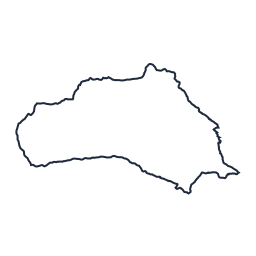 the district of Brusturoasa, Bacau, Romania, rotated 271°
{"feature_id": "2599482B60057151040295", "entity_name": "Brusturoasa", "entity_type": "district", "adm_level": 2, "iso_a3": "ROU", "parent_name": "Romania", "parent_adm1": "Bacau", "projection": "orthographic", "projection_center": [26.192, 46.569], "detail": "fine", "context": "isolated", "style": "outline", "palette": "slate", "viewbox_px": 256, "rotation_deg": 271, "n_neighbors": 0, "source": "geoboundaries", "source_scale": "gbopen_adm2", "svg_char_len": 5744}
<svg xmlns="http://www.w3.org/2000/svg" viewBox="0 0 256 256"><g transform="rotate(271 128 128)"><path d="M130.5,18.5L125.5,17.2L123.5,16.5L121.6,16.5L120.1,16.7L118.5,17.7L114.4,17.8L113.4,18.5L112.6,18.8L108.5,19.7L107.0,20.3L106.2,20.7L105.1,21.6L103.4,23.8L102.9,24.2L102.3,24.4L100.1,24.6L98.8,25.0L97.8,25.9L96.1,28.1L93.7,29.2L91.7,30.8L89.7,31.7L89.3,31.7L89.5,33.0L89.5,33.9L88.1,36.0L87.9,37.5L88.7,40.4L89.3,41.9L89.4,42.8L88.8,44.2L88.4,44.6L88.2,45.2L88.7,46.1L89.1,47.1L90.3,48.4L91.1,49.6L91.7,50.2L92.0,50.8L92.0,52.6L92.2,53.4L92.7,53.9L92.9,55.1L92.6,56.8L92.7,57.4L93.1,57.9L93.1,58.3L93.0,58.7L93.2,59.5L93.2,61.4L93.3,62.0L93.1,62.8L93.8,64.4L93.7,64.6L93.8,65.3L94.0,66.3L94.6,68.2L94.6,68.9L94.9,70.7L95.3,71.6L96.2,73.2L96.4,74.2L96.5,75.9L96.3,76.7L96.2,77.8L96.2,79.5L95.5,82.1L96.0,83.7L96.8,84.8L97.2,85.9L97.1,86.9L96.8,88.3L96.9,89.8L96.8,90.7L96.9,91.3L97.5,91.9L97.5,92.6L97.9,93.8L97.6,94.5L97.6,95.2L98.1,96.8L98.0,97.4L98.1,98.2L98.2,99.3L99.0,101.4L98.8,101.8L98.9,102.3L98.8,104.2L98.6,104.8L98.4,106.7L98.1,107.4L98.4,111.3L99.4,112.8L99.9,114.2L99.6,115.6L99.0,117.2L98.7,118.7L98.6,122.6L97.4,125.2L97.4,126.3L96.6,128.0L95.9,129.0L93.9,130.6L93.6,131.7L92.9,132.5L92.8,133.0L92.9,133.6L92.7,135.5L92.1,136.4L91.4,136.9L90.7,138.5L90.4,139.8L87.8,141.8L85.4,142.9L84.9,143.8L84.8,144.3L85.2,145.6L85.2,146.1L85.1,146.3L84.5,146.6L84.2,147.1L83.4,147.4L82.8,148.9L82.7,150.0L82.1,150.9L82.0,151.2L82.0,153.1L81.6,153.7L81.3,154.0L80.7,155.8L80.0,156.7L79.9,157.3L79.7,157.8L79.8,159.8L79.9,160.3L79.8,160.8L79.3,161.4L78.8,161.2L78.5,161.9L78.1,163.0L78.2,163.9L78.0,164.5L77.6,164.9L77.3,166.0L76.7,167.3L76.4,167.8L76.3,168.4L76.0,168.7L76.0,169.3L75.6,169.9L75.8,170.6L75.7,170.9L75.4,171.3L75.5,171.7L73.8,174.7L73.1,176.9L72.9,178.2L72.6,178.5L72.0,178.4L70.9,177.9L69.1,176.6L68.1,177.6L68.0,178.4L68.9,180.2L69.1,181.1L68.6,181.9L68.3,182.2L68.4,182.5L67.7,183.3L67.0,184.0L65.9,184.7L65.0,185.5L64.8,187.5L64.7,188.2L64.2,188.5L63.6,189.7L65.2,191.7L66.3,191.7L66.7,191.4L68.2,191.2L72.2,192.2L72.9,192.8L74.2,194.6L74.7,194.9L75.4,195.9L76.2,196.1L77.2,197.0L77.4,197.0L78.1,197.6L78.5,197.8L79.0,198.6L80.0,199.1L81.7,200.9L83.0,201.6L84.8,202.8L84.5,204.5L84.1,205.7L84.0,206.8L84.4,208.1L84.4,208.8L84.9,209.0L84.7,209.8L84.7,211.3L85.2,213.2L85.2,215.9L85.1,216.8L84.3,218.1L83.7,218.7L83.3,218.9L81.4,219.5L80.5,220.0L80.1,220.6L79.9,221.6L79.9,224.3L79.5,225.6L79.8,226.2L80.5,226.8L81.4,227.4L82.1,227.4L82.7,227.9L83.1,228.4L83.2,229.0L83.6,228.9L83.7,229.4L84.0,229.6L84.0,230.0L83.9,230.5L84.1,230.9L84.1,232.5L84.4,233.1L84.4,233.9L84.2,234.7L84.4,235.5L83.7,236.8L83.8,237.8L84.8,238.6L85.3,239.5L85.8,238.8L87.6,237.1L89.4,233.9L90.6,232.4L91.4,230.2L91.8,228.7L93.6,226.5L94.2,225.0L95.0,224.1L98.6,223.1L100.5,223.1L100.9,222.9L101.2,222.5L103.8,221.5L104.3,221.1L104.4,220.5L106.0,220.6L107.6,219.6L109.3,219.2L110.0,219.4L111.7,218.9L112.5,219.0L114.1,218.5L115.0,218.7L115.3,219.4L114.9,219.9L114.9,220.3L115.6,220.7L116.6,220.8L117.2,220.0L117.9,219.4L119.2,218.9L120.1,219.2L120.2,219.5L121.1,217.9L121.3,218.1L121.9,217.7L122.5,217.5L123.1,217.7L124.4,216.5L125.1,217.3L127.2,214.4L128.0,213.7L129.5,215.7L129.9,216.7L130.0,218.4L131.3,217.7L131.8,217.5L132.7,217.5L133.1,217.1L133.8,216.2L134.3,215.0L134.8,214.7L135.9,213.2L136.7,211.3L136.9,211.3L137.4,211.0L137.9,210.2L137.9,209.7L138.6,209.4L138.6,208.8L138.6,208.6L139.8,208.1L141.5,206.1L142.8,204.1L143.5,202.0L144.2,201.6L144.3,201.4L144.4,200.8L145.1,200.2L145.3,199.4L145.8,198.9L146.3,198.6L146.7,198.5L147.7,198.8L148.7,198.4L148.9,198.0L149.5,197.7L149.6,196.7L149.8,196.2L150.2,195.4L150.7,194.8L150.8,194.4L151.4,194.2L151.7,193.6L152.2,193.0L152.3,192.5L153.2,191.4L155.6,189.2L155.9,188.3L157.6,187.4L159.9,187.0L160.4,186.7L160.8,186.1L161.4,186.1L162.6,185.3L163.5,185.0L166.1,183.3L166.5,182.8L166.6,182.1L166.9,181.8L166.9,181.5L168.4,180.1L168.7,178.9L169.2,178.1L169.8,177.9L170.8,177.9L173.2,178.8L173.9,178.9L174.5,178.8L175.2,177.7L175.2,176.5L175.6,176.0L176.4,175.4L178.1,173.7L179.0,173.8L180.3,174.4L182.0,174.1L182.8,174.2L183.9,173.5L184.4,173.0L184.7,170.4L185.3,169.0L185.5,167.8L185.4,165.8L186.4,165.3L186.9,164.8L187.7,163.7L186.9,161.7L186.3,161.0L186.0,160.2L185.9,158.9L186.2,157.7L186.4,155.7L187.1,155.2L188.0,154.6L189.4,154.0L190.3,153.0L191.7,151.8L192.4,149.5L192.4,148.9L192.0,147.8L189.3,145.4L188.9,144.9L188.3,144.6L186.0,144.7L185.1,144.2L183.7,143.7L183.3,143.3L181.8,143.1L179.9,142.0L178.9,141.1L178.6,140.5L177.5,136.1L177.4,135.0L177.2,132.6L176.4,128.6L176.4,125.9L175.8,124.2L175.5,122.0L175.4,120.8L175.7,118.5L175.7,115.4L175.6,114.1L175.9,113.1L176.0,112.0L176.2,111.5L176.8,110.9L177.3,109.9L178.5,107.6L177.7,106.8L177.3,105.5L177.6,104.7L177.3,103.9L177.8,102.2L176.6,101.6L175.7,100.5L175.6,100.1L175.9,98.5L176.1,97.9L176.5,97.4L176.6,96.5L176.5,95.9L175.9,94.0L175.8,92.2L176.2,91.1L176.6,90.8L177.4,89.7L176.6,88.6L176.0,88.3L175.1,87.5L175.0,87.0L175.1,86.4L175.0,85.9L174.2,84.0L174.0,82.3L173.7,81.6L173.2,80.7L172.8,80.4L171.7,80.1L171.0,79.5L170.3,79.4L170.5,78.9L169.9,78.1L168.5,77.4L166.5,77.4L166.1,77.1L165.5,76.2L164.8,75.5L163.8,74.9L163.4,74.3L161.8,73.7L161.2,73.7L160.2,73.1L159.3,72.8L156.2,72.6L155.7,72.3L155.6,67.1L156.0,66.2L155.9,64.8L155.3,64.1L154.5,63.4L154.1,61.8L153.5,60.9L152.3,59.9L151.7,58.4L151.0,57.4L151.0,56.7L151.4,55.9L151.5,55.1L151.1,54.3L151.0,53.4L150.4,52.3L150.2,49.6L150.4,49.1L150.7,46.2L151.3,43.9L151.3,42.1L151.0,40.7L150.9,39.7L151.0,36.5L149.8,35.7L148.9,34.8L147.2,34.2L143.0,33.7L141.4,32.8L140.5,32.0L139.3,30.8L139.3,30.4L140.4,28.5L140.3,28.0L135.2,24.5L134.8,24.0L134.5,23.1L133.8,22.7L133.1,21.7L132.5,21.1L131.6,20.6L131.2,20.1L130.5,18.5Z" fill="none" stroke="#1e293b" stroke-width="2"/></g></svg>